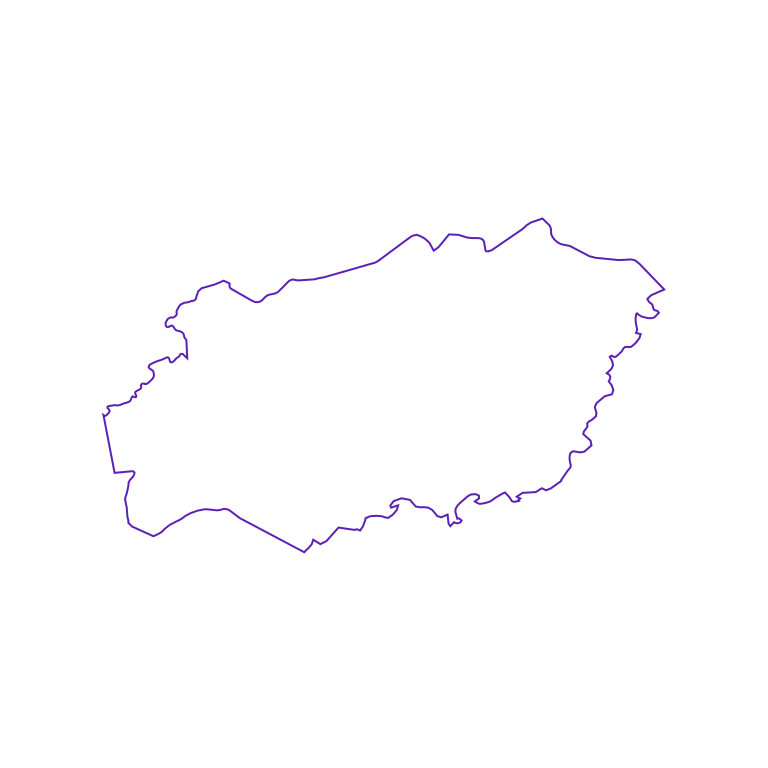 the Department of N'zi-Comoé, rotated 61°
{"feature_id": "CIV-3452", "entity_name": "N'zi-Comoé", "entity_type": "Department", "adm_level": 1, "iso_a3": "CIV", "parent_name": "Ivory Coast", "parent_adm1": "", "projection": "equal_earth", "projection_center": [-4.27, 7.107], "detail": "fine", "context": "isolated", "style": "outline", "palette": "violet", "viewbox_px": 768, "rotation_deg": 61, "n_neighbors": 0, "source": "natural_earth", "source_scale": "10m", "svg_char_len": 4784}
<svg xmlns="http://www.w3.org/2000/svg" viewBox="0 0 768 768"><g transform="rotate(61 384 384)"><path d="M492.5,535.3L431.6,575.0L418.9,580.7L416.8,582.8L415.5,584.7L415.2,586.4L414.6,588.7L413.6,591.2L407.6,599.8L406.3,602.4L404.4,608.5L403.2,615.6L403.1,619.6L403.1,621.6L403.8,627.1L403.8,629.0L403.5,632.6L403.5,636.1L403.3,639.4L404.4,646.2L405.4,649.2L405.7,650.9L405.7,655.0L405.3,659.5L386.6,673.4L381.5,674.9L380.3,674.1L375.3,672.6L367.5,669.0L359.6,666.5L358.2,665.5L357.2,664.6L355.4,662.5L349.7,657.4L346.5,655.2L345.6,654.1L344.9,653.0L343.9,649.9L343.3,648.3L342.3,646.8L340.7,645.2L339.3,645.4L338.3,646.3L331.1,662.7L275.1,644.4L276.6,643.7L276.8,642.4L276.2,639.9L275.5,638.1L274.6,637.0L273.4,636.9L271.0,637.4L270.0,637.0L269.7,636.0L271.9,629.8L272.7,628.8L273.7,627.3L274.4,624.8L275.0,620.1L275.7,617.6L275.9,615.5L275.6,613.8L273.2,610.8L273.0,609.7L274.2,608.8L275.0,608.0L275.1,606.9L274.2,606.4L271.6,606.2L270.5,605.5L270.2,604.0L270.3,601.0L270.1,599.1L268.9,597.8L267.7,597.4L266.7,596.5L266.5,595.2L267.3,593.5L268.1,593.2L268.8,592.0L268.7,589.5L267.4,584.4L266.2,582.2L264.8,580.9L261.1,579.6L260.0,579.9L257.7,581.1L256.5,581.6L255.3,581.7L254.2,580.8L253.5,579.0L253.7,574.7L254.1,571.1L255.1,566.3L255.4,561.5L255.8,560.2L257.2,559.5L260.8,560.3L261.9,559.7L262.4,558.4L261.9,556.0L261.3,554.5L260.8,552.9L260.6,549.9L260.0,548.7L259.2,547.8L259.4,546.6L260.0,545.6L266.1,543.6L249.9,535.6L248.9,535.6L247.8,535.9L246.6,536.0L243.4,535.1L242.2,535.2L241.0,535.5L239.9,536.2L238.9,537.0L237.1,539.0L236.1,539.8L234.9,540.2L232.0,540.4L230.7,540.7L229.9,541.5L229.7,542.7L229.7,544.2L229.4,545.6L228.6,546.4L227.4,546.5L226.2,546.2L224.8,545.5L223.6,543.9L222.2,541.4L222.3,538.4L222.7,537.5L223.5,536.8L223.7,535.6L223.6,534.0L223.2,532.5L222.5,531.4L221.1,530.9L219.5,529.9L216.6,525.4L215.9,523.3L216.1,519.4L217.5,515.7L218.1,512.0L218.8,510.6L218.9,509.1L218.4,507.3L216.0,505.1L214.2,502.9L212.9,501.7L211.8,497.1L214.8,484.3L215.7,476.9L215.7,475.6L216.0,474.0L221.3,470.3L223.2,471.6L224.2,471.9L226.0,471.9L247.5,458.9L249.5,457.3L250.4,456.2L251.2,454.7L251.8,452.4L251.7,450.1L250.3,445.6L250.0,443.4L250.2,441.3L251.7,436.5L252.1,434.2L252.2,432.3L250.1,424.8L248.0,417.8L247.9,417.4L247.8,416.0L248.0,414.3L248.6,412.8L251.8,408.9L259.0,393.5L259.6,390.5L261.6,384.6L273.6,332.6L273.5,329.0L268.2,289.4L268.4,286.1L269.5,282.8L273.4,279.8L276.4,277.9L282.5,275.8L291.5,275.9L290.9,271.1L290.4,269.1L284.7,254.6L289.7,246.5L295.7,240.8L297.0,239.3L299.4,235.7L301.7,231.5L302.9,229.7L304.2,228.4L305.6,227.7L307.0,227.5L308.5,227.7L315.9,230.3L317.4,230.4L318.5,228.5L319.2,225.0L315.6,187.7L314.9,184.4L314.3,182.6L314.0,177.2L316.1,165.2L325.2,162.4L326.9,162.4L329.3,162.8L334.2,165.2L337.2,165.3L340.0,165.0L343.9,163.7L347.3,161.6L353.4,154.5L371.8,142.4L376.1,137.9L389.5,118.5L394.7,107.8L395.9,106.3L397.8,104.3L402.8,102.3L437.2,93.1L435.9,107.3L437.3,112.5L440.7,112.4L444.7,110.8L448.0,111.7L450.3,111.8L452.7,109.4L455.0,109.0L456.8,115.1L456.2,118.0L454.4,121.1L450.2,125.7L447.0,127.7L444.9,128.4L445.1,129.5L448.8,132.3L452.2,134.0L459.2,136.2L461.6,138.8L464.7,135.3L467.7,138.3L468.7,140.7L470.2,144.2L471.3,149.6L470.8,151.3L469.5,153.2L468.5,155.2L468.9,157.1L470.5,159.8L471.0,161.2L472.5,167.4L472.1,169.6L469.6,171.1L469.6,173.3L474.8,173.4L478.5,174.5L481.0,177.6L482.6,184.0L485.1,182.5L487.3,182.5L489.2,183.9L490.7,186.2L495.3,185.5L500.5,186.3L503.5,189.7L501.7,197.0L503.8,207.3L506.5,210.9L512.3,212.2L515.0,214.3L516.0,218.8L516.2,223.3L517.0,225.4L519.8,226.6L521.2,229.3L522.4,232.2L524.4,234.0L533.7,230.8L538.3,232.3L540.3,241.6L539.0,245.4L534.4,251.4L534.8,254.4L536.7,256.3L539.4,258.0L542.5,259.2L545.1,259.8L547.1,261.1L548.1,263.1L548.9,265.5L554.0,275.7L554.7,275.9L556.2,288.8L555.5,293.8L551.7,296.5L552.1,303.7L548.6,310.9L546.4,315.6L546.9,322.5L548.6,321.6L550.2,320.4L550.4,321.4L550.4,322.2L550.7,322.6L551.7,322.5L550.2,327.3L548.4,328.9L543.7,329.2L537.5,330.8L537.3,332.7L537.5,342.0L538.0,345.4L538.1,348.7L537.3,352.7L536.0,356.7L535.0,358.7L533.6,359.8L530.8,361.5L530.0,356.2L527.6,355.1L524.7,357.3L522.8,361.5L522.8,365.4L525.0,375.6L526.0,378.7L528.0,382.0L530.6,383.6L537.3,385.2L537.4,384.2L539.1,382.9L541.0,382.3L542.0,384.0L541.8,386.3L541.1,387.9L540.1,389.0L538.8,389.7L540.5,394.9L537.4,395.2L529.0,391.7L528.4,398.5L525.4,401.4L518.0,402.7L513.7,405.1L511.3,408.5L509.3,412.2L506.6,415.6L497.9,417.5L492.4,424.2L491.1,432.3L493.3,437.4L495.6,437.7L497.0,430.5L500.3,433.7L502.6,439.7L503.1,445.4L501.0,447.9L498.8,449.8L495.6,454.5L493.0,460.1L492.4,465.2L494.4,466.9L498.3,471.4L500.6,476.0L497.9,478.1L497.4,480.4L487.5,493.4L493.5,510.5L493.2,517.3L485.9,521.4L489.2,525.0L490.7,529.1L491.9,533.7L492.5,535.3Z" fill="none" stroke="#5b21b6" stroke-width="2"/></g></svg>